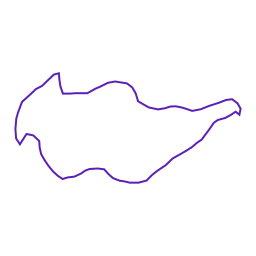 Taquaral, São Paulo, Brazil
{"feature_id": "56859067B97918331690262", "entity_name": "Taquaral", "entity_type": "district", "adm_level": 2, "iso_a3": "BRA", "parent_name": "Brazil", "parent_adm1": "São Paulo", "projection": "natural_earth1", "projection_center": [-48.393, -21.068], "detail": "fine", "context": "isolated", "style": "outline", "palette": "violet", "viewbox_px": 256, "rotation_deg": 0, "n_neighbors": 0, "source": "geoboundaries", "source_scale": "gbopen_adm2", "svg_char_len": 1077}
<svg xmlns="http://www.w3.org/2000/svg" viewBox="0 0 256 256"><path d="M19.9,144.3L26.5,134.0L33.3,135.4L39.2,141.0L39.7,147.7L41.2,154.2L44.7,160.3L48.3,165.6L53.0,171.4L57.7,175.7L62.6,179.0L67.3,177.5L74.5,176.6L81.3,173.4L85.2,170.6L89.7,169.0L97.6,168.5L104.2,169.3L108.4,174.0L113.0,178.1L119.6,180.7L124.6,181.4L129.8,182.7L138.4,182.7L146.7,180.5L151.9,175.1L157.6,170.6L165.7,165.2L172.6,158.5L179.9,154.4L186.5,150.6L192.2,146.9L196.7,143.0L201.7,139.6L204.7,135.5L209.7,128.8L213.9,122.7L217.8,120.0L225.4,117.9L231.5,114.5L235.6,111.7L239.4,114.7L240.6,108.7L237.5,103.3L232.1,99.2L225.7,100.1L219.1,102.7L209.1,105.9L200.9,109.2L192.2,110.9L186.5,108.9L181.4,107.4L175.8,106.3L170.6,106.5L164.7,108.3L158.0,109.4L148.7,107.4L138.1,101.3L135.7,93.4L132.3,87.5L127.0,83.4L120.7,82.4L115.2,81.5L107.9,82.8L99.7,86.9L95.4,88.7L87.4,93.2L75.2,93.2L70.2,93.6L62.9,93.6L60.4,86.3L59.4,79.6L58.9,73.3L53.8,74.6L48.6,79.6L42.2,85.8L35.9,89.1L30.2,94.5L22.0,101.9L18.0,112.6L16.3,118.6L15.4,129.0L16.1,138.4L19.9,144.3Z" fill="none" stroke="#5b21b6" stroke-width="2"/></svg>